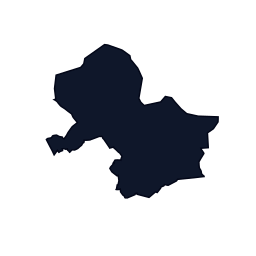 Ugwunagbo, Abia, Nigeria (orthographic projection), rotated 224°
{"feature_id": "59680162B43108992465432", "entity_name": "Ugwunagbo", "entity_type": "district", "adm_level": 2, "iso_a3": "NGA", "parent_name": "Nigeria", "parent_adm1": "Abia", "projection": "orthographic", "projection_center": [7.346, 5.019], "detail": "fine", "context": "isolated", "style": "filled", "palette": "ink", "viewbox_px": 256, "rotation_deg": 224, "n_neighbors": 0, "source": "geoboundaries", "source_scale": "gbopen_adm2", "svg_char_len": 3069}
<svg xmlns="http://www.w3.org/2000/svg" viewBox="0 0 256 256"><g transform="rotate(224 128 128)"><path d="M162.5,57.4L162.8,59.8L163.3,62.9L163.0,62.9L162.6,62.8L161.9,62.6L161.4,62.5L160.8,62.5L160.6,63.8L159.4,66.3L160.0,66.8L160.9,67.4L160.4,67.9L160.2,68.2L159.9,68.4L159.6,68.7L158.8,69.1L157.9,69.5L157.7,70.0L157.2,70.8L156.4,70.3L156.3,70.2L155.3,70.2L154.7,70.3L153.2,70.0L153.0,71.0L153.2,72.2L152.9,73.6L152.6,74.0L151.4,74.8L150.9,75.6L149.9,78.3L149.8,79.8L149.7,81.4L149.4,83.3L149.7,84.3L150.0,85.8L149.9,86.4L149.7,86.8L149.8,87.1L150.0,87.5L151.1,88.7L149.3,90.5L147.5,92.5L147.0,93.1L146.8,93.8L146.3,94.7L143.5,100.6L142.8,102.1L142.2,102.5L141.7,103.0L141.3,103.6L140.6,103.8L140.2,103.8L139.7,103.5L139.2,103.2L138.3,103.1L137.3,103.1L136.1,102.8L134.0,102.4L128.8,101.3L127.5,101.0L127.1,100.9L126.9,101.4L126.7,101.8L126.4,102.1L126.2,102.6L125.3,104.0L125.2,103.8L124.8,103.9L120.3,104.1L120.0,104.0L119.1,104.1L118.6,104.0L118.2,104.0L116.6,104.3L115.1,104.0L112.6,103.5L111.8,101.4L110.8,99.9L111.1,99.8L111.5,99.4L113.7,97.4L114.6,96.3L115.0,96.0L115.0,95.8L114.8,94.8L114.4,93.2L114.3,92.9L114.3,92.6L113.6,93.0L113.4,87.7L112.9,86.3L109.2,85.3L106.2,85.6L102.6,86.0L102.2,87.1L100.7,86.0L97.9,83.8L95.7,80.2L96.2,79.5L95.9,79.1L95.0,77.8L94.9,77.5L94.6,77.3L94.1,76.4L93.9,76.0L93.8,75.6L93.2,76.0L91.9,77.4L91.1,78.7L89.3,77.2L88.9,76.9L85.2,76.2L84.1,76.4L83.2,76.4L82.2,75.9L81.5,75.8L80.0,77.2L76.7,84.9L77.2,85.8L76.8,86.0L76.6,86.5L76.8,86.8L76.1,87.4L75.4,86.7L64.7,92.7L64.5,94.5L63.9,100.7L63.7,101.2L62.2,101.9L62.7,107.1L63.2,108.6L63.2,109.0L62.8,109.6L62.1,111.2L62.1,111.6L62.3,112.2L62.5,112.6L61.1,113.6L60.5,113.9L60.3,114.0L60.1,114.2L59.9,114.4L59.6,114.5L59.3,114.8L56.4,123.6L56.7,125.5L45.7,138.5L42.1,142.9L39.6,145.9L39.8,146.0L40.0,146.2L40.5,146.1L41.1,146.1L41.7,146.1L42.7,146.0L43.5,146.4L44.2,146.8L44.6,147.1L45.1,147.5L45.8,147.9L46.6,148.2L47.9,148.5L49.2,149.0L51.1,150.6L52.9,152.3L53.4,152.7L53.6,153.3L54.4,156.4L55.7,162.3L56.1,162.6L58.3,163.1L61.0,163.6L61.6,164.0L56.6,169.6L67.5,179.7L66.1,186.8L67.5,194.9L69.2,196.8L70.9,198.6L85.8,185.2L95.7,179.1L103.2,178.6L112.3,179.3L117.7,180.0L123.0,176.6L122.6,169.4L132.0,155.4L136.7,155.4L140.8,156.8L148.0,167.4L152.3,173.7L159.5,176.6L162.7,177.8L172.6,179.0L173.4,178.9L176.9,181.3L186.0,180.0L186.9,179.7L200.1,173.7L202.8,171.7L207.3,148.0L204.4,143.5L204.3,142.0L204.1,138.7L216.4,116.1L208.2,105.3L200.1,98.7L200.8,97.1L199.8,97.4L199.3,97.5L198.0,97.7L196.6,97.7L195.4,97.4L192.1,97.1L190.8,97.2L187.3,97.9L185.9,98.1L182.7,98.4L178.3,99.0L176.0,98.0L174.8,97.6L173.4,97.4L170.8,97.1L169.0,96.9L168.1,96.8L168.9,91.3L169.0,89.9L168.0,83.2L167.6,81.8L167.1,80.1L166.7,77.5L166.5,75.8L168.0,75.4L168.4,75.4L168.9,75.8L169.3,75.6L170.9,74.5L171.4,74.2L172.4,73.8L173.0,73.7L173.7,73.5L174.5,73.2L175.0,72.6L175.5,72.0L176.0,71.3L176.5,70.6L176.7,70.1L176.7,69.4L176.5,68.7L176.3,67.7L176.6,67.4L177.3,66.3L178.4,64.8L178.6,64.2L178.7,63.4L178.7,63.0L171.6,60.6L166.7,59.0L162.5,57.4Z" fill="#0f172a" stroke="#020617" stroke-width="1.5"/></g></svg>